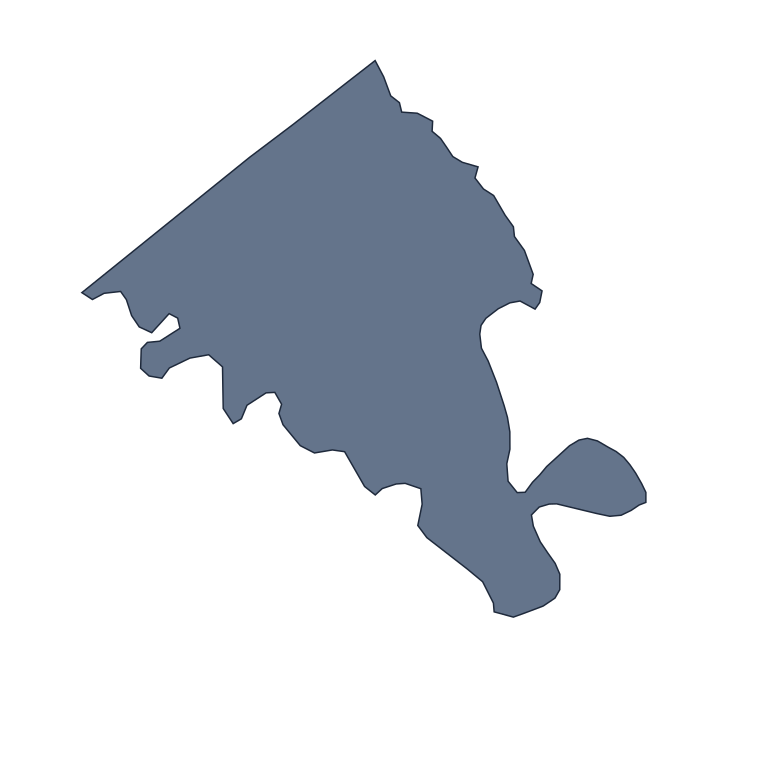 Cotiporã, Rio Grande do Sul, Brazil, rotated 326°
{"feature_id": "56859067B19621956734569", "entity_name": "Cotiporã", "entity_type": "district", "adm_level": 2, "iso_a3": "BRA", "parent_name": "Brazil", "parent_adm1": "Rio Grande do Sul", "projection": "equal_earth", "projection_center": [-51.685, -29.013], "detail": "fine", "context": "isolated", "style": "filled", "palette": "slate", "viewbox_px": 768, "rotation_deg": 326, "n_neighbors": 0, "source": "geoboundaries", "source_scale": "gbopen_adm2", "svg_char_len": 1683}
<svg xmlns="http://www.w3.org/2000/svg" viewBox="0 0 768 768"><g transform="rotate(326 384 384)"><path d="M551.1,406.4L558.7,403.5L567.1,395.2L562.2,383.0L569.0,376.5L575.1,351.8L574.6,334.7L579.2,326.0L578.8,311.8L580.3,289.1L575.5,277.9L574.6,264.1L583.4,256.6L572.9,244.0L568.2,233.9L568.3,223.1L568.2,212.0L565.2,201.4L571.3,193.3L563.0,178.1L550.7,168.5L554.1,159.4L550.7,148.9L555.5,129.2L557.5,110.9L453.4,118.0L399.5,120.9L184.6,139.3L189.5,150.9L202.7,152.3L217.4,160.0L217.6,170.0L213.0,186.2L213.0,199.8L220.1,211.6L245.2,205.5L249.8,214.0L246.0,223.7L222.0,223.1L211.1,217.2L202.4,219.1L191.0,234.9L193.7,246.0L203.1,255.0L215.0,250.7L237.6,254.0L255.0,261.7L259.7,279.5L237.0,314.4L236.8,332.5L246.3,333.1L258.5,325.0L281.3,325.4L288.8,329.9L287.8,343.5L280.4,349.7L277.5,361.3L280.1,388.3L287.8,402.3L304.3,409.8L313.5,418.1L310.6,458.1L314.7,471.1L324.1,469.7L338.2,473.7L346.0,478.2L356.0,491.4L348.4,505.0L332.9,520.2L333.6,535.3L349.6,584.0L355.2,603.1L352.2,626.8L347.9,634.5L360.9,649.6L375.3,653.2L391.9,657.1L406.0,657.1L414.7,652.8L423.4,640.0L425.6,628.4L425.3,615.4L425.3,602.2L428.3,585.4L433.0,575.0L443.9,572.8L453.8,575.9L460.1,579.9L487.8,610.2L497.2,619.9L507.2,625.4L518.2,627.0L527.9,627.0L534.9,628.6L540.5,620.3L541.9,610.6L542.8,598.6L542.7,588.4L541.7,578.9L538.7,569.8L534.7,562.1L529.1,550.5L522.3,542.8L514.3,539.5L503.4,538.9L472.7,543.4L462.4,546.4L452.2,548.5L440.5,552.7L433.7,548.5L432.5,534.0L441.2,518.8L451.9,508.5L461.6,494.0L467.7,480.7L471.5,469.1L478.3,445.3L483.2,423.2L484.8,408.8L491.3,396.2L497.2,389.7L505.2,386.5L520.9,385.5L533.7,387.1L543.2,391.3L551.1,406.4Z" fill="#64748b" stroke="#1e293b" stroke-width="1.5"/></g></svg>